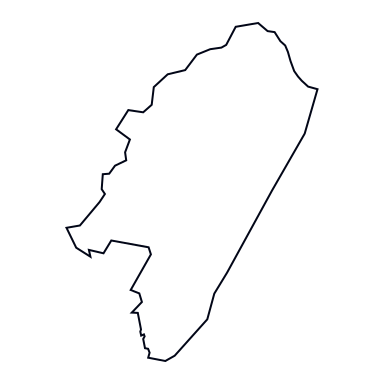 outline of Mansoura, Cyprus
{"feature_id": "46923920B83327949729976", "entity_name": "Mansoura", "entity_type": "district", "adm_level": 2, "iso_a3": "CYP", "parent_name": "Cyprus", "parent_adm1": "", "projection": "albers", "projection_center": [32.619, 35.182], "detail": "fine", "context": "isolated", "style": "outline", "palette": "ink", "viewbox_px": 384, "rotation_deg": 0, "n_neighbors": 0, "source": "geoboundaries", "source_scale": "gbopen_adm2", "svg_char_len": 880}
<svg xmlns="http://www.w3.org/2000/svg" viewBox="0 0 384 384"><path d="M317.5,89.2L308.1,86.6L301.7,80.7L298.0,76.5L294.2,71.1L290.5,61.0L287.9,51.9L285.2,45.5L280.4,41.2L274.6,32.1L267.6,31.1L258.1,23.0L235.7,26.8L226.2,44.9L221.4,47.6L210.2,49.2L196.9,54.6L185.2,70.1L167.7,74.3L153.8,87.1L151.7,104.8L143.2,112.3L128.3,110.1L116.1,129.3L129.9,139.5L125.1,152.3L126.2,160.3L115.0,165.7L109.2,173.7L102.8,174.2L101.7,189.2L104.9,194.0L99.6,202.0L79.9,225.5L66.5,227.8L76.2,247.7L90.4,256.7L88.9,249.9L103.5,253.3L111.3,240.5L148.6,247.3L150.9,254.4L130.7,290.0L139.3,293.4L141.9,302.0L131.8,312.6L137.8,312.9L141.0,329.5L140.3,331.6L141.2,335.6L143.9,334.4L144.6,336.4L143.2,339.0L145.0,348.2L148.1,348.8L149.6,352.7L148.2,357.7L165.3,361.0L174.7,355.7L207.3,319.3L214.3,293.6L227.1,272.6L272.1,190.4L304.7,133.6L317.5,89.2Z" fill="none" stroke="#020617" stroke-width="2"/></svg>